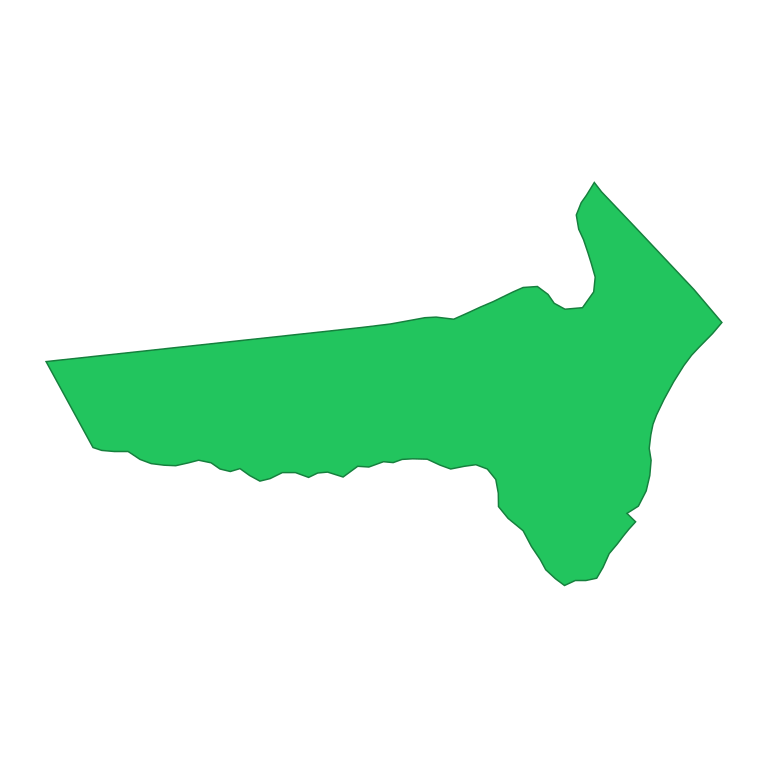 the district of Barra de Santo Antônio, Alagoas, Brazil
{"feature_id": "56859067B30618154167224", "entity_name": "Barra de Santo Antônio", "entity_type": "district", "adm_level": 2, "iso_a3": "BRA", "parent_name": "Brazil", "parent_adm1": "Alagoas", "projection": "albers", "projection_center": [-35.554, -9.378], "detail": "fine", "context": "isolated", "style": "filled", "palette": "green", "viewbox_px": 768, "rotation_deg": 0, "n_neighbors": 0, "source": "geoboundaries", "source_scale": "gbopen_adm2", "svg_char_len": 1401}
<svg xmlns="http://www.w3.org/2000/svg" viewBox="0 0 768 768"><path d="M721.9,322.5L694.0,289.6L634.7,226.7L601.5,191.8L594.3,182.5L586.5,195.2L581.2,202.7L576.3,215.0L578.7,229.2L583.5,239.6L588.0,252.9L591.4,263.8L595.2,277.1L593.7,291.9L582.5,307.7L565.0,309.2L554.2,303.3L548.0,294.4L537.4,286.5L523.1,287.5L513.1,291.9L502.8,296.9L493.0,301.7L481.2,306.7L469.1,312.3L453.7,319.2L436.1,317.1L424.9,317.7L414.6,319.6L403.1,321.7L390.3,324.0L361.5,327.5L301.6,334.0L58.8,360.2L46.1,361.6L93.0,447.5L101.7,450.4L114.2,451.5L128.1,451.5L140.0,459.4L151.2,463.6L164.1,465.2L175.7,465.7L188.2,462.9L198.6,460.2L211.1,462.8L220.0,469.0L230.3,471.5L240.0,468.6L249.6,475.5L259.9,481.1L270.1,478.6L282.3,472.6L295.5,472.6L308.6,477.4L317.7,473.0L327.6,472.1L343.1,477.0L357.7,466.3L368.9,467.0L383.5,461.7L393.2,462.6L402.1,459.4L412.7,458.8L427.3,459.2L440.0,465.1L450.7,469.0L464.3,466.3L475.9,464.7L487.3,469.0L495.8,479.5L498.3,493.2L498.5,506.6L508.1,518.4L523.1,530.7L531.5,546.6L540.2,559.5L545.7,569.7L555.4,578.7L564.5,585.5L575.3,580.5L585.9,580.5L596.7,578.2L603.0,567.4L609.2,553.6L617.6,543.6L623.1,536.3L628.8,529.3L635.6,521.8L626.9,513.4L638.4,506.1L646.2,490.9L649.8,475.5L651.1,460.3L649.2,448.4L650.8,435.0L653.0,424.2L656.5,415.0L663.9,399.6L673.7,381.7L683.8,365.6L691.6,355.2L699.0,347.3L705.8,340.4L712.6,333.5L721.9,322.5Z" fill="#22c55e" stroke="#15803d" stroke-width="1.5"/></svg>